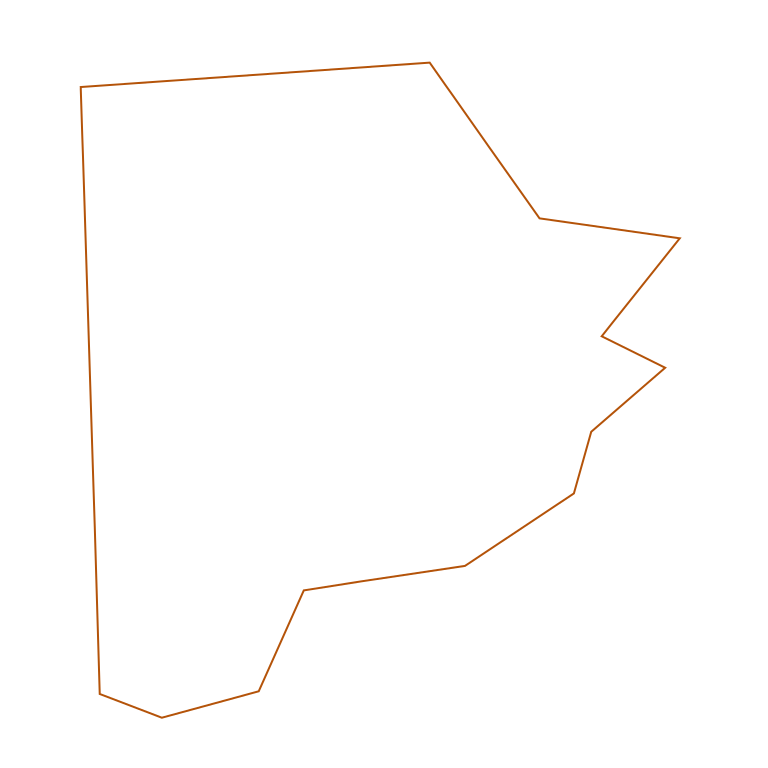 outline of 25 de Mayo, Río Negro, Argentina, rotated 176°
{"feature_id": "61730980B23941823928589", "entity_name": "25 de Mayo", "entity_type": "district", "adm_level": 2, "iso_a3": "ARG", "parent_name": "Argentina", "parent_adm1": "Río Negro", "projection": "robinson", "projection_center": [-69.008, -41.037], "detail": "fine", "context": "isolated", "style": "outline", "palette": "amber", "viewbox_px": 768, "rotation_deg": 176, "n_neighbors": 0, "source": "geoboundaries", "source_scale": "gbopen_adm2", "svg_char_len": 582}
<svg xmlns="http://www.w3.org/2000/svg" viewBox="0 0 768 768"><g transform="rotate(176 384 384)"><path d="M316.0,701.4L325.8,701.4L330.5,701.4L584.3,701.4L665.8,701.4L665.8,700.3L665.9,699.8L667.7,652.3L668.4,632.3L670.3,581.7L670.7,571.6L680.1,325.3L681.2,296.3L682.5,261.4L689.2,94.6L628.9,66.6L530.4,86.2L478.4,183.7L420.5,188.7L315.9,196.9L202.2,261.6L190.7,293.7L181.1,320.5L180.6,321.9L102.4,380.6L163.5,416.4L151.0,430.1L78.8,508.7L190.8,532.7L216.9,538.3L217.3,538.4L262.2,612.3L296.0,668.3L302.1,678.3L316.0,701.4Z" fill="none" stroke="#b45309" stroke-width="2"/></g></svg>